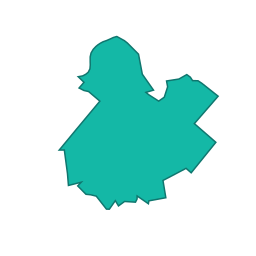 Severiano de Almeida, Rio Grande do Sul, Brazil (Albers equal-area conic projection), rotated 310°
{"feature_id": "56859067B97276934457423", "entity_name": "Severiano de Almeida", "entity_type": "district", "adm_level": 2, "iso_a3": "BRA", "parent_name": "Brazil", "parent_adm1": "Rio Grande do Sul", "projection": "albers", "projection_center": [-52.105, -27.41], "detail": "fine", "context": "isolated", "style": "filled", "palette": "teal", "viewbox_px": 256, "rotation_deg": 310, "n_neighbors": 0, "source": "geoboundaries", "source_scale": "gbopen_adm2", "svg_char_len": 960}
<svg xmlns="http://www.w3.org/2000/svg" viewBox="0 0 256 256"><g transform="rotate(310 128 128)"><path d="M135.3,56.9L134.7,64.9L127.2,64.8L128.4,70.1L130.6,74.4L130.5,89.2L94.3,89.3L66.9,89.5L70.2,93.4L54.2,110.9L45.7,119.3L56.4,127.0L51.3,126.7L50.2,138.4L52.9,142.4L55.4,147.5L52.0,163.6L53.8,165.9L64.2,165.0L62.2,170.8L69.5,172.6L76.0,181.4L79.4,180.6L81.8,178.7L83.1,192.3L85.6,190.8L98.9,201.8L110.3,188.5L123.4,193.9L134.4,198.4L134.3,205.2L173.5,204.5L174.0,176.0L203.5,176.5L210.3,176.6L209.7,155.7L209.2,151.3L205.8,147.0L207.0,143.1L206.7,138.7L198.2,135.5L188.8,127.3L185.0,131.9L174.9,136.0L168.3,134.2L166.8,122.2L166.8,118.8L173.4,123.2L178.4,104.4L191.3,88.6L192.7,72.9L192.6,69.1L190.9,60.6L187.9,58.6L184.9,57.2L181.1,55.3L178.1,53.5L175.4,52.4L172.4,51.5L169.7,51.0L165.9,50.8L161.7,51.5L158.2,53.3L154.5,56.4L152.0,58.6L148.9,60.8L145.1,61.7L142.0,61.1L138.8,59.8L135.3,56.9Z" fill="#14b8a6" stroke="#0f766e" stroke-width="1.5"/></g></svg>